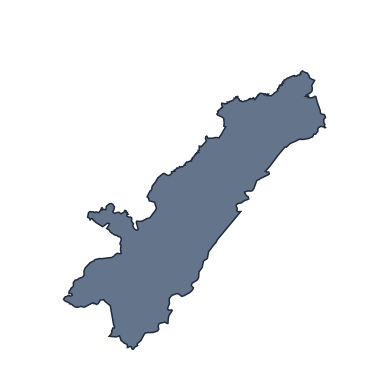 the district of Puebloviejo, Los Rios, Ecuador, rotated 40°
{"feature_id": "8360857B21283646614979", "entity_name": "Puebloviejo", "entity_type": "district", "adm_level": 2, "iso_a3": "ECU", "parent_name": "Ecuador", "parent_adm1": "Los Rios", "projection": "natural_earth1", "projection_center": [-79.56, -1.537], "detail": "fine", "context": "isolated", "style": "filled", "palette": "slate", "viewbox_px": 384, "rotation_deg": 40, "n_neighbors": 0, "source": "geoboundaries", "source_scale": "gbopen_adm2", "svg_char_len": 6020}
<svg xmlns="http://www.w3.org/2000/svg" viewBox="0 0 384 384"><g transform="rotate(40 192 192)"><path d="M162.2,355.1L162.6,355.6L162.4,356.6L164.1,357.2L169.5,355.8L170.0,356.4L171.6,355.5L175.7,355.3L177.2,354.8L178.3,354.0L180.6,350.9L183.1,349.8L183.9,348.8L187.2,340.6L188.5,340.7L188.8,340.0L191.2,339.5L191.8,337.9L191.7,335.4L191.1,334.4L191.3,333.6L193.8,331.2L194.8,331.7L202.6,331.7L217.4,344.2L218.2,344.3L219.4,345.3L219.9,346.2L218.9,346.8L218.9,347.6L219.5,348.7L219.6,349.9L220.2,350.1L221.3,352.5L221.3,355.8L227.0,351.8L229.0,348.8L233.0,351.3L237.5,351.3L240.2,350.4L241.5,351.4L242.4,352.7L242.8,352.4L243.5,350.6L244.9,349.4L246.6,350.7L247.8,350.5L248.2,350.0L247.9,347.4L249.1,344.6L247.9,343.9L247.6,343.2L248.3,338.7L246.7,330.9L247.5,329.1L252.5,324.6L254.9,320.6L254.8,318.6L252.6,316.7L251.5,314.8L251.6,313.6L254.8,309.1L257.5,308.7L258.0,308.0L255.2,304.3L253.7,301.3L253.1,295.7L252.3,295.3L250.3,297.4L248.6,297.4L247.7,295.8L246.5,292.0L243.4,288.8L243.0,287.7L242.9,285.6L243.3,283.7L245.5,279.8L247.5,278.6L251.3,278.6L252.7,276.2L254.8,270.9L255.3,268.1L255.2,266.0L254.6,264.4L252.1,264.3L251.5,263.8L250.9,262.4L250.8,261.6L252.4,256.7L252.5,254.6L252.0,253.2L248.7,248.7L248.3,243.2L245.4,237.9L245.4,236.2L246.4,234.0L246.2,232.4L243.2,227.3L242.6,218.8L242.8,215.2L242.1,212.5L241.9,175.6L239.7,177.6L238.7,177.8L237.2,175.5L235.1,174.5L234.2,173.5L234.7,170.9L236.6,169.0L237.9,164.4L239.3,162.3L239.9,160.8L237.9,159.5L237.3,159.8L235.1,159.6L232.3,158.4L233.9,155.5L236.5,153.5L237.4,152.0L237.3,149.9L234.5,142.3L234.4,140.9L235.6,139.1L235.5,138.2L239.6,129.2L239.4,128.2L238.0,127.4L236.7,128.4L234.9,129.0L235.1,122.5L234.3,107.6L234.3,98.3L234.6,97.6L235.5,96.9L236.0,91.8L238.8,86.3L240.2,82.8L243.3,80.3L247.1,75.9L247.9,73.9L248.8,72.8L248.7,71.0L248.1,69.6L249.6,68.1L249.3,66.7L249.5,64.8L247.7,62.4L247.6,61.1L248.7,58.7L251.4,57.4L252.6,57.4L252.9,56.8L250.8,56.5L250.5,54.9L248.0,53.9L247.4,52.8L246.4,52.1L246.3,48.9L243.6,47.6L241.1,49.1L240.0,49.1L237.7,47.1L229.6,42.3L225.6,39.3L224.6,39.6L224.2,41.6L223.8,41.6L223.7,42.3L221.6,44.3L220.7,44.1L220.3,44.8L219.7,43.9L219.5,44.9L218.9,44.6L217.5,45.7L217.7,44.9L217.3,44.5L218.0,44.3L217.8,43.6L218.2,42.9L217.9,41.8L218.7,41.1L219.1,37.7L217.5,35.1L215.3,33.5L214.2,27.6L211.7,28.5L208.7,29.0L207.6,28.0L203.8,26.8L201.4,27.9L198.9,28.1L198.6,28.5L198.5,30.6L198.7,31.4L199.4,31.8L198.9,32.2L199.4,32.7L199.1,33.5L198.5,33.7L197.7,35.0L197.6,36.3L196.9,36.5L196.3,37.3L195.6,37.0L194.9,37.8L192.7,42.0L192.6,43.0L191.8,43.5L191.4,46.4L190.7,46.7L191.3,47.4L190.7,48.3L190.9,50.2L191.1,50.5L191.8,50.1L191.4,51.8L192.1,51.6L192.3,52.1L191.7,52.5L191.7,53.2L191.0,53.1L190.4,54.1L191.3,55.1L191.0,56.0L191.8,56.9L191.2,57.8L192.0,59.1L192.6,59.4L191.4,63.4L191.4,65.0L190.8,67.4L188.5,69.0L187.9,68.1L187.7,69.0L186.8,68.7L187.1,69.7L186.4,69.3L185.5,70.1L185.0,69.7L184.5,70.3L184.7,71.1L183.6,70.7L180.7,72.6L180.3,74.7L180.7,75.1L180.1,75.7L180.7,76.3L180.4,77.6L180.8,78.1L180.4,78.7L180.8,79.3L180.6,81.0L179.2,80.3L178.4,80.4L178.2,81.8L177.6,82.7L176.6,82.9L176.4,83.8L176.0,83.7L175.6,86.0L174.4,87.9L173.8,88.2L173.4,89.6L171.8,90.9L170.9,90.5L170.4,91.2L169.4,91.4L168.9,90.8L167.5,90.4L166.2,90.7L165.9,89.5L165.4,89.5L164.4,91.0L165.0,91.6L164.8,92.7L164.0,92.9L164.5,93.6L164.3,95.8L162.6,98.5L162.6,99.3L161.2,100.5L162.0,100.9L162.1,101.5L160.8,102.8L160.6,103.5L159.8,103.6L157.7,104.9L158.6,106.0L161.0,107.6L160.3,108.6L160.6,109.2L159.9,111.7L160.2,112.8L159.7,113.6L161.0,114.3L160.9,116.3L162.3,116.6L166.3,115.3L169.1,115.3L172.2,118.4L174.2,121.2L175.9,120.5L176.9,126.7L177.5,128.5L177.4,129.6L177.9,132.9L174.9,135.2L172.8,138.0L170.9,139.4L170.0,140.6L167.4,139.7L167.0,140.9L167.9,142.4L170.3,143.8L170.0,150.6L169.5,151.1L169.8,151.5L168.0,152.2L170.8,155.3L170.4,155.6L170.5,156.3L170.1,156.3L170.8,157.4L171.2,157.5L170.6,157.8L170.8,158.9L170.4,159.0L170.8,159.9L170.4,160.2L170.8,160.4L170.3,162.4L170.9,163.6L170.3,165.4L170.9,165.8L170.6,166.5L171.2,167.1L170.8,167.6L170.9,168.4L171.6,168.8L170.3,169.9L169.3,172.3L168.7,172.3L168.5,174.6L169.5,175.6L168.7,176.2L168.9,177.0L168.7,178.6L167.5,179.4L167.5,180.2L167.1,180.7L166.1,180.7L166.4,181.8L166.0,182.9L165.0,183.1L165.2,184.6L164.4,186.9L165.4,187.3L163.3,189.6L164.5,191.0L164.0,193.8L162.5,195.0L158.8,195.6L157.9,196.8L156.7,203.3L157.6,207.6L157.7,213.0L159.4,215.9L159.7,217.3L159.2,218.2L160.7,224.6L163.0,224.7L163.8,225.7L165.0,226.2L170.0,223.8L172.5,225.7L174.1,226.4L175.1,227.4L175.7,228.9L176.3,239.0L174.5,241.3L172.7,246.0L170.9,248.1L168.5,249.7L168.4,250.2L168.8,251.0L174.8,255.2L174.7,256.4L172.5,257.4L170.6,257.0L168.3,255.9L167.6,254.0L164.1,253.1L163.6,251.9L162.4,250.6L161.0,250.7L160.3,251.6L157.7,252.4L156.7,251.5L157.4,250.1L156.4,250.0L155.8,249.3L155.1,250.0L154.5,249.9L154.1,248.8L152.4,249.2L152.8,251.3L151.6,254.4L149.3,254.4L147.8,255.7L146.7,257.8L145.8,258.3L144.4,258.3L143.8,257.6L143.9,256.7L142.3,253.3L139.3,252.4L137.7,252.6L136.4,254.0L135.6,257.5L135.6,258.3L136.7,259.6L137.3,261.2L135.4,261.9L134.7,263.5L134.1,263.3L133.6,261.9L133.2,261.8L133.0,262.2L133.6,264.4L133.9,267.7L131.2,269.0L130.8,270.3L129.1,270.5L128.2,271.6L127.0,272.2L126.4,272.7L126.0,274.3L128.2,278.4L130.4,278.1L131.9,278.9L132.1,277.0L133.1,276.4L134.9,277.3L136.1,276.7L137.5,277.2L145.9,276.0L147.4,270.0L149.1,269.3L149.8,271.6L150.1,274.8L152.3,274.3L155.4,275.1L157.4,275.0L161.2,274.4L162.6,273.4L164.1,273.6L165.6,272.7L166.7,272.7L168.6,274.1L169.8,277.6L170.8,278.4L171.6,278.1L174.6,282.5L177.3,284.6L176.5,285.6L174.3,286.8L173.5,288.7L173.4,291.4L172.5,293.9L165.1,301.7L164.2,302.1L162.2,304.7L161.1,306.4L161.2,307.5L159.4,311.6L159.0,318.9L160.1,322.1L162.7,324.9L163.0,326.7L162.6,328.4L161.0,330.5L160.6,332.7L159.1,334.8L159.3,337.4L159.6,338.1L161.1,339.5L161.7,341.0L161.2,343.5L161.7,345.1L161.6,346.7L162.4,348.3L163.2,348.8L165.0,347.1L166.7,348.3L166.0,349.7L163.8,350.7L163.3,352.4L162.3,353.7L162.2,355.1Z" fill="#64748b" stroke="#1e293b" stroke-width="1.5"/></g></svg>